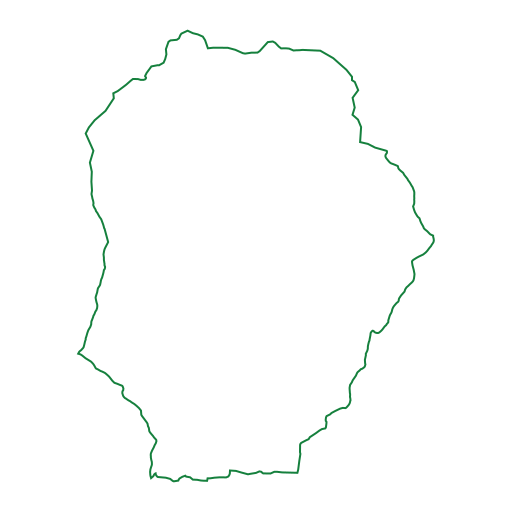 outline of Ceru-Bacainti, Alba, Romania
{"feature_id": "2599482B65582227773897", "entity_name": "Ceru-Bacainti", "entity_type": "district", "adm_level": 2, "iso_a3": "ROU", "parent_name": "Romania", "parent_adm1": "Alba", "projection": "robinson", "projection_center": [23.275, 46.006], "detail": "fine", "context": "isolated", "style": "outline", "palette": "green", "viewbox_px": 512, "rotation_deg": 0, "n_neighbors": 0, "source": "geoboundaries", "source_scale": "gbopen_adm2", "svg_char_len": 5989}
<svg xmlns="http://www.w3.org/2000/svg" viewBox="0 0 512 512"><path d="M345.5,408.1L346.2,407.7L346.9,407.0L348.6,405.1L349.3,404.0L349.7,403.2L350.1,401.8L350.3,400.6L350.5,400.3L350.3,398.3L350.0,396.9L350.1,395.1L350.1,393.9L349.9,393.2L349.6,388.8L349.6,387.7L350.1,384.9L350.5,384.3L351.8,382.4L352.7,380.3L355.9,375.7L356.9,373.4L357.3,372.6L357.8,372.0L359.7,370.4L360.8,369.2L362.3,368.7L363.9,367.5L364.4,367.1L364.9,366.2L365.4,364.4L365.1,363.2L364.9,359.8L365.9,355.2L365.8,353.8L367.3,350.7L367.6,349.6L367.8,348.7L367.9,346.2L368.4,343.8L369.0,341.5L369.4,340.8L369.5,340.3L369.6,339.4L370.4,335.3L370.6,333.4L370.8,332.7L371.3,332.0L371.8,331.4L372.3,330.9L372.8,330.7L373.2,330.9L373.8,331.2L374.5,332.1L375.5,332.6L376.4,332.9L377.6,333.0L378.5,332.9L379.0,332.6L380.1,331.8L381.4,330.6L382.4,329.5L383.8,327.6L384.7,326.4L386.1,325.2L386.8,324.0L387.9,322.8L388.3,322.1L388.3,320.4L389.7,315.8L390.4,314.2L390.9,313.6L391.7,311.8L392.3,309.3L393.1,307.4L394.1,305.9L396.5,303.1L398.2,301.7L398.5,301.1L398.8,300.2L398.8,299.4L399.0,298.8L399.3,298.1L401.1,295.4L404.5,291.6L405.2,289.4L406.5,287.4L408.1,286.0L410.0,284.1L411.7,282.6L412.9,281.3L413.5,280.2L414.0,278.4L414.3,276.1L414.5,274.1L413.7,269.8L412.5,265.3L412.1,262.7L412.0,261.5L412.4,260.7L413.4,259.8L414.7,259.0L416.6,257.8L419.0,256.5L423.2,254.5L425.7,252.5L427.3,250.8L429.3,248.1L431.0,246.1L431.8,244.7L433.1,242.8L433.5,242.0L433.8,240.8L433.8,240.1L433.7,239.0L433.1,236.4L433.1,235.6L430.4,234.4L429.7,233.8L427.2,231.2L424.6,229.1L423.8,228.1L423.2,226.5L421.2,223.0L420.3,220.9L419.7,218.9L419.4,218.2L418.1,217.1L417.4,216.3L416.4,214.7L415.0,212.3L414.1,209.9L413.1,206.4L413.7,205.0L414.2,203.6L414.3,201.1L414.2,199.9L414.2,199.1L414.3,198.4L414.2,196.1L414.3,194.3L414.3,192.4L414.1,191.2L412.6,187.2L411.4,185.4L411.0,184.6L409.7,182.4L408.0,180.1L407.5,179.0L406.9,178.2L404.4,175.1L403.1,172.8L400.4,170.6L398.8,169.0L398.3,168.1L397.9,166.2L397.2,165.8L395.4,165.0L392.9,164.0L391.2,163.4L390.1,162.7L388.9,161.5L386.4,158.4L385.8,157.5L385.4,156.2L385.5,155.2L385.8,154.5L386.9,152.9L387.0,151.6L386.8,151.0L385.8,150.6L375.1,147.6L367.9,143.9L360.1,142.1L361.1,127.1L358.0,119.6L352.5,114.8L354.7,107.6L352.6,97.8L358.2,90.2L354.8,82.0L352.0,80.2L352.0,76.8L346.5,69.9L333.3,58.2L320.3,50.7L302.4,49.9L299.7,50.2L296.0,50.3L293.5,50.5L289.1,48.6L285.7,48.3L281.1,48.4L278.8,46.6L275.2,42.8L272.8,41.5L267.8,42.1L259.7,51.1L257.5,52.6L251.3,52.7L245.1,53.6L242.9,53.2L235.3,49.8L227.8,47.8L213.4,47.7L207.9,48.3L205.1,40.2L202.8,36.6L197.8,34.4L192.9,33.2L187.6,30.7L181.4,33.6L180.3,35.2L179.0,38.3L176.8,39.8L170.5,40.4L168.5,41.8L165.9,49.2L166.4,54.4L165.2,59.0L163.6,62.7L159.0,65.3L157.7,65.2L151.4,66.4L146.6,73.0L145.1,76.0L145.1,76.3L146.0,77.5L145.9,78.4L145.2,79.3L143.5,79.9L140.8,79.9L138.1,79.1L134.8,79.0L132.9,79.0L130.4,81.0L126.2,84.7L117.7,91.1L113.3,93.3L113.8,98.3L105.5,110.9L94.7,120.2L88.9,127.4L85.7,133.5L93.4,150.8L89.9,162.6L91.8,171.7L91.4,181.7L92.0,190.6L91.5,194.0L91.7,195.1L92.1,196.7L92.4,198.4L93.1,200.7L93.4,202.3L93.5,203.5L93.3,204.2L93.3,205.3L94.4,207.8L94.9,208.4L95.6,209.8L96.0,211.1L97.4,213.0L99.4,216.7L101.2,219.2L103.1,224.3L103.7,226.3L104.1,228.0L104.6,228.9L108.1,241.9L108.1,242.2L105.2,247.8L104.5,249.4L104.0,251.4L103.5,254.4L103.9,257.6L103.9,259.5L104.0,260.7L104.2,261.7L104.3,262.7L104.5,263.6L104.5,265.2L104.8,266.1L105.0,266.4L105.1,267.1L104.8,268.8L103.9,270.1L103.6,271.8L103.3,273.2L102.9,274.7L102.3,276.8L102.1,277.6L101.4,279.0L101.1,280.0L100.9,280.6L100.7,281.9L100.1,284.8L99.8,285.4L99.2,286.4L98.1,288.0L97.8,288.8L97.1,292.6L96.7,293.7L95.8,296.6L95.6,297.5L95.7,298.4L96.0,300.0L96.5,302.2L97.0,303.8L97.3,305.1L97.3,306.3L97.1,308.1L96.3,310.3L95.4,311.5L94.8,313.1L94.2,314.6L93.5,315.6L93.1,317.1L91.9,320.3L91.5,321.1L91.3,322.2L91.2,324.3L90.7,325.8L90.3,326.9L88.6,329.7L88.1,330.8L87.3,333.1L86.4,336.3L85.7,338.3L85.7,339.5L85.0,341.5L84.3,344.6L83.9,346.1L83.6,347.2L83.1,348.0L81.9,349.3L81.2,350.1L80.0,351.0L79.2,351.8L78.2,353.7L80.5,354.4L82.2,355.5L85.5,358.2L91.0,361.6L92.0,362.6L93.2,363.9L94.2,365.4L95.5,367.8L96.0,368.5L97.9,369.4L100.6,371.0L102.0,371.5L104.3,372.6L105.3,373.2L107.5,375.1L109.1,376.6L112.3,380.7L113.5,381.9L114.4,382.8L117.3,383.8L120.4,385.1L121.6,385.5L122.3,385.9L122.7,386.5L123.4,388.5L123.3,389.3L123.1,390.5L122.6,391.0L122.4,391.7L122.3,393.1L123.0,395.4L123.4,396.3L124.1,397.2L125.0,398.1L126.0,398.6L126.5,399.0L128.4,400.3L130.3,401.3L130.9,401.8L131.7,402.4L134.3,404.0L136.5,405.8L137.8,407.0L138.9,408.0L140.7,410.2L141.0,410.7L141.1,412.3L141.3,414.8L142.0,416.0L146.7,422.3L147.5,423.6L148.0,426.2L148.8,427.8L149.1,429.6L149.2,430.6L149.4,431.4L150.1,432.5L151.4,434.1L152.9,435.8L154.0,437.4L156.0,439.6L156.3,440.1L156.4,441.3L156.0,442.5L155.8,443.2L154.6,445.3L153.7,447.5L152.1,450.5L150.9,453.4L150.7,455.1L150.9,456.0L150.8,457.0L151.2,459.5L151.8,461.8L151.9,463.0L151.9,464.6L151.6,465.7L151.2,466.8L150.4,469.4L150.1,471.9L150.3,474.8L150.5,476.0L151.1,478.1L153.3,476.2L153.9,475.1L154.3,474.3L155.0,473.7L155.6,473.4L155.8,474.7L156.6,475.9L157.2,476.6L157.8,477.0L165.8,477.7L170.2,478.9L172.7,480.9L173.7,481.3L174.0,481.3L178.3,480.6L178.7,479.6L179.5,478.5L182.3,476.8L185.3,475.7L186.1,476.6L190.1,477.3L192.8,479.6L197.2,479.8L200.8,480.5L203.4,480.7L207.1,480.8L207.6,478.3L210.3,478.3L214.4,477.7L219.8,477.3L226.2,477.4L228.3,476.5L229.2,475.2L229.8,473.7L230.0,470.5L235.9,470.9L241.3,472.5L248.0,474.3L249.9,473.9L256.0,472.9L259.4,471.4L261.3,471.8L262.4,472.9L263.2,473.4L270.5,473.5L274.3,471.8L277.1,471.8L282.1,472.4L297.4,472.8L298.2,469.6L299.3,461.0L300.4,453.9L300.0,452.2L300.1,444.9L300.4,443.9L301.2,442.9L306.3,440.2L308.6,439.2L308.9,438.7L309.8,437.2L316.0,433.1L319.5,430.5L321.9,429.1L325.3,428.4L325.9,427.4L326.4,423.7L326.5,421.9L325.8,420.9L325.7,419.8L326.0,417.4L326.6,416.1L330.1,414.4L331.5,413.0L335.2,411.0L340.2,408.6L342.8,407.9L345.5,408.1Z" fill="none" stroke="#15803d" stroke-width="2"/></svg>